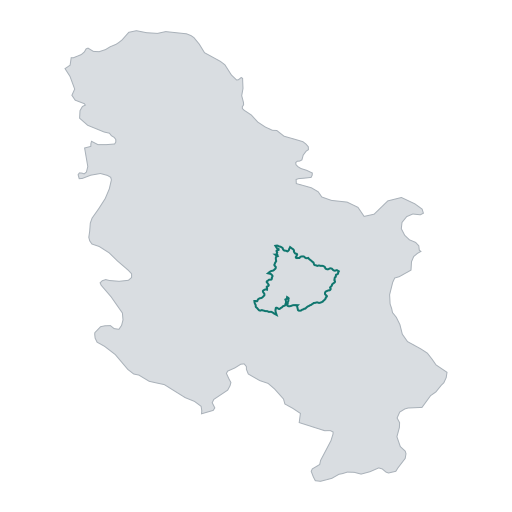 Republic of Serbia, with Pomoravski highlighted
{"feature_id": "SRB-832", "entity_name": "Pomoravski", "entity_type": "District", "adm_level": 1, "iso_a3": "SRB", "parent_name": "Republic of Serbia", "parent_adm1": "", "projection": "robinson", "projection_center": [21.332, 43.988], "detail": "fine", "context": "in_parent", "style": "outline", "palette": "teal", "viewbox_px": 512, "rotation_deg": 0, "n_neighbors": 0, "source": "natural_earth", "source_scale": "10m", "svg_char_len": 9077}
<svg xmlns="http://www.w3.org/2000/svg" viewBox="0 0 512 512"><path d="M296.3,183.6L311.4,187.8L318.2,191.8L321.8,197.0L331.4,200.4L347.1,202.1L358.0,207.4L364.1,216.4L374.1,214.2L387.8,200.9L401.4,197.5L414.8,203.8L422.1,209.1L423.4,213.2L420.3,214.8L412.8,214.0L406.7,216.6L402.0,222.4L401.3,228.7L404.7,235.3L409.4,239.8L415.6,242.4L418.8,245.8L419.3,250.2L420.9,251.4L417.4,253.4L413.7,256.5L411.5,261.7L411.0,270.1L399.2,276.7L394.7,278.0L392.7,282.3L389.6,294.7L390.1,304.0L391.7,308.7L392.5,312.6L396.3,317.3L399.9,324.6L402.3,334.2L407.5,341.6L420.8,348.9L427.4,353.2L432.2,359.4L436.0,364.9L447.0,372.3L446.2,377.6L443.8,382.8L441.3,385.2L435.9,391.9L430.6,395.6L422.0,407.4L408.2,408.0L404.9,408.9L399.7,412.1L397.1,418.0L399.6,422.7L399.4,427.5L396.9,436.7L400.3,446.6L405.2,451.1L406.0,453.7L405.2,458.4L398.0,467.8L395.8,471.3L388.5,473.0L386.0,472.1L382.2,468.9L378.7,467.9L370.0,471.7L361.1,474.1L354.2,472.3L347.3,472.1L342.5,473.6L338.9,474.3L331.9,478.3L320.5,481.3L315.3,480.7L313.3,476.8L311.2,471.3L312.3,468.9L319.7,464.5L320.6,460.4L331.0,440.6L333.0,434.1L333.1,432.0L330.3,430.6L324.6,430.7L299.2,422.6L300.4,413.4L292.9,408.4L284.9,404.0L283.5,399.0L274.6,389.0L268.1,383.4L259.8,380.6L252.6,376.5L248.3,374.0L246.4,369.3L246.4,366.6L244.2,363.9L240.8,364.2L234.9,367.9L227.7,371.1L226.4,373.4L229.0,379.0L230.9,382.5L230.0,385.8L227.7,390.1L213.8,399.4L212.2,402.7L214.8,407.9L213.2,410.4L201.5,413.8L201.8,410.9L201.1,406.3L194.5,401.4L185.1,397.6L164.3,384.6L156.3,382.9L149.2,381.3L138.9,375.1L133.7,374.0L127.9,369.5L115.2,354.5L104.5,346.3L97.1,342.2L95.1,338.1L94.7,334.0L94.9,332.6L100.6,326.7L104.9,325.8L110.4,325.6L114.1,328.6L118.9,329.3L121.6,325.4L123.0,319.9L122.4,313.0L111.0,296.7L101.2,285.3L100.1,282.8L102.3,280.7L105.7,279.6L109.4,280.5L119.1,281.3L128.4,280.3L131.6,277.5L131.6,273.8L128.3,270.3L117.5,261.0L109.1,252.8L99.2,246.5L91.9,244.0L89.7,240.8L88.8,237.3L89.7,231.1L90.3,223.1L92.1,218.1L98.8,208.6L105.2,198.6L109.3,188.9L111.4,179.9L110.7,177.3L107.4,175.4L100.4,173.5L90.7,175.2L82.4,178.4L79.2,178.7L78.1,174.7L79.4,172.9L82.0,173.1L84.1,173.9L86.4,172.1L87.8,166.6L84.6,148.0L90.8,146.4L90.9,143.7L91.5,141.3L97.9,144.6L106.8,144.6L114.6,144.0L115.8,142.1L115.8,139.5L114.2,137.4L111.4,135.7L109.4,133.2L104.1,132.0L87.7,125.3L79.6,118.2L80.0,110.7L82.4,106.5L85.3,105.1L84.4,103.7L75.2,100.2L71.9,95.3L74.7,89.1L70.0,76.4L65.0,68.6L70.1,65.2L70.8,60.5L71.2,57.7L73.3,57.8L81.4,54.5L84.4,51.9L86.1,48.9L88.0,48.1L93.4,51.4L99.1,51.7L105.5,49.6L110.3,46.7L116.1,44.3L118.7,42.6L122.0,40.0L128.8,32.3L136.4,30.7L146.5,32.7L157.5,33.4L165.7,31.6L186.5,33.8L191.0,35.6L193.9,37.6L199.3,44.2L204.5,52.7L211.8,56.7L220.4,61.4L224.9,64.8L231.4,75.0L236.6,80.0L238.3,79.8L240.0,78.5L241.2,77.5L242.6,78.4L242.7,81.5L243.0,88.4L241.7,95.7L243.5,102.6L243.6,104.8L242.3,106.8L242.4,108.6L244.3,110.4L251.3,115.0L257.8,122.1L265.4,127.1L272.4,130.3L276.8,130.5L284.0,136.2L298.3,140.3L302.9,141.7L306.0,144.1L308.3,146.8L308.4,149.7L306.2,151.1L303.2,155.1L301.9,159.9L299.6,161.1L297.3,161.2L295.7,162.6L296.0,164.7L297.9,166.7L300.9,168.5L306.6,170.3L312.3,173.0L312.2,175.1L311.1,177.4L303.9,178.2L298.6,178.6L296.1,179.5L296.3,183.6Z" fill="#d9dde1" stroke="#a8b0b8" stroke-width="1"/><path d="M258.9,310.1L257.6,308.7L257.2,308.1L256.9,307.9L256.2,307.3L255.9,307.0L255.8,306.7L255.7,306.4L255.7,305.4L255.6,304.8L255.4,304.5L255.1,304.0L254.9,303.6L254.5,302.2L254.4,301.0L255.6,301.0L256.0,301.1L256.8,301.3L257.1,301.2L257.3,301.0L257.4,300.9L257.6,300.2L257.8,299.8L258.0,299.4L258.3,299.2L258.8,298.8L259.7,298.3L260.2,298.2L261.0,298.1L261.3,298.0L262.1,297.6L262.6,297.2L263.6,296.1L264.3,295.5L264.4,295.2L264.4,294.9L264.4,294.3L264.4,294.0L264.3,293.7L263.7,292.9L263.3,292.4L263.1,292.1L262.9,291.3L262.9,291.0L263.0,290.8L263.2,290.6L263.5,290.3L264.5,289.8L265.1,289.5L265.3,289.4L265.5,289.4L266.1,289.4L267.0,289.7L267.1,289.1L267.1,288.6L267.1,288.3L266.7,287.1L266.7,286.9L266.8,286.8L266.9,286.6L267.7,286.3L268.4,285.9L268.5,285.7L268.7,285.4L268.7,285.2L268.7,284.9L268.6,284.6L268.1,284.0L267.7,283.3L266.9,282.4L266.7,282.1L266.7,281.8L266.7,281.6L266.8,281.4L267.0,281.2L267.9,280.7L268.7,280.0L268.9,279.8L269.3,279.7L270.5,279.7L270.8,279.7L271.2,279.6L271.3,279.5L271.5,279.4L271.8,278.8L271.9,278.4L271.8,277.8L271.9,277.5L272.0,277.3L272.4,276.6L272.5,276.4L272.5,275.9L272.4,275.6L272.3,275.4L271.2,274.3L271.0,274.1L270.6,273.9L268.0,273.3L269.3,272.2L270.5,271.4L271.3,271.0L272.2,270.8L273.1,270.6L273.7,270.2L274.0,270.0L274.4,269.5L275.2,268.9L275.4,268.7L275.5,268.5L275.7,268.1L275.8,267.0L274.6,265.6L274.5,265.4L274.4,265.2L274.3,264.9L274.4,264.6L274.5,264.4L274.9,263.6L274.9,263.2L276.2,261.1L276.0,260.2L275.8,258.7L275.9,257.4L276.3,256.6L277.3,256.3L275.3,254.7L277.3,254.7L277.1,254.3L276.6,253.8L277.0,252.8L277.2,252.4L277.0,252.1L276.6,251.5L276.6,250.7L278.6,249.9L278.6,249.1L277.1,248.5L275.4,245.8L276.6,245.6L277.1,245.6L277.4,245.6L277.8,245.7L278.6,246.3L279.1,246.4L280.0,246.6L280.5,246.7L281.4,247.2L282.5,247.9L282.6,248.0L283.0,249.2L283.1,249.5L283.5,249.9L284.0,250.4L284.4,250.6L285.6,250.7L286.2,250.8L287.1,251.3L287.4,251.4L287.5,251.4L287.8,251.2L288.5,250.5L288.8,250.2L289.0,249.8L289.2,248.9L289.7,248.0L290.1,247.1L292.1,248.6L293.2,249.3L293.4,249.5L293.6,249.8L293.8,250.1L293.9,250.5L294.0,250.7L293.9,251.5L294.0,251.8L294.1,252.0L294.6,252.7L294.9,253.2L295.1,253.4L295.4,253.6L296.7,253.8L296.9,254.0L297.0,254.1L297.1,254.3L297.1,254.6L297.1,254.8L296.7,255.4L296.5,256.2L296.3,256.4L295.8,257.0L295.8,257.4L295.9,257.7L296.1,257.8L296.4,258.0L296.9,258.1L298.0,258.0L299.4,258.0L299.5,257.9L299.7,257.7L299.9,257.3L300.0,257.2L300.7,256.7L301.3,256.5L303.2,256.4L303.6,256.5L304.2,256.7L304.4,256.9L305.0,257.6L306.1,258.2L306.5,258.2L307.0,258.2L307.6,258.1L308.2,257.9L308.6,258.4L309.3,259.2L310.6,260.2L311.6,261.0L312.3,261.7L312.5,261.9L313.1,262.2L313.4,262.4L313.5,262.6L313.6,262.8L313.7,263.4L314.0,264.2L314.1,264.6L314.4,264.9L314.7,265.1L315.1,265.2L315.9,265.3L316.8,265.7L317.3,265.9L317.7,265.8L318.2,265.6L318.6,265.5L318.9,265.5L319.3,265.5L320.3,265.8L320.6,265.9L321.2,265.9L321.9,265.8L322.2,265.8L322.6,265.9L323.1,266.0L323.8,266.3L324.9,267.1L325.1,267.4L325.3,268.3L325.6,268.6L326.0,268.9L326.7,269.1L327.2,269.3L327.6,269.3L328.4,269.2L328.9,268.9L329.6,268.5L330.0,268.4L330.3,268.3L331.2,268.5L331.7,268.6L331.8,268.7L332.0,268.8L333.1,270.0L333.6,270.3L334.2,270.6L334.6,270.7L335.1,270.7L336.4,270.2L336.7,270.2L337.0,270.2L337.9,270.8L338.8,271.3L338.1,272.7L338.1,273.3L338.0,273.6L337.9,273.8L337.5,274.2L337.2,274.3L336.2,274.6L336.0,274.8L335.9,275.1L335.8,276.4L335.8,276.7L335.7,276.9L334.9,277.4L334.8,277.7L334.7,277.9L334.6,278.4L334.6,279.7L334.4,279.8L334.3,280.0L334.4,280.3L334.8,281.0L335.0,281.4L335.0,281.8L334.8,282.2L334.4,282.6L333.4,283.3L332.9,283.7L332.3,284.2L332.2,284.4L332.0,284.7L331.9,285.2L331.9,285.5L331.7,285.8L331.3,286.3L330.2,287.3L330.1,287.5L330.1,287.8L330.2,288.0L330.6,288.6L330.7,288.8L330.7,289.0L330.5,289.4L330.1,290.0L329.7,290.2L329.6,290.3L328.7,290.3L328.4,290.4L326.5,291.2L325.7,291.6L325.4,292.0L325.1,292.6L325.0,292.9L325.0,293.5L325.0,293.9L325.1,294.1L325.2,294.4L325.4,294.6L326.4,295.5L326.8,295.9L326.9,296.2L326.9,296.4L326.8,296.6L326.6,296.7L326.1,297.2L325.9,297.3L325.8,297.5L325.7,298.3L325.6,298.6L324.4,300.0L323.3,300.9L323.0,301.2L322.9,301.5L321.6,302.2L320.7,302.5L319.9,302.8L319.6,302.9L319.3,302.9L318.8,302.9L318.5,302.8L317.7,302.5L317.4,302.4L316.9,302.4L316.3,302.5L315.5,302.8L315.3,302.8L313.9,303.0L313.7,303.0L313.3,303.4L313.0,303.6L312.4,303.9L312.1,304.1L311.3,304.8L310.9,305.0L310.1,305.2L309.1,305.9L307.9,306.4L307.3,306.8L306.2,307.7L305.8,308.2L305.4,308.6L305.0,308.7L304.7,308.7L304.3,308.7L303.5,309.3L302.8,309.5L302.0,309.8L301.7,310.0L301.1,310.5L300.8,310.6L300.0,310.7L298.6,310.6L298.0,310.1L297.0,305.9L297.7,305.2L295.5,305.1L295.3,305.3L294.6,305.1L293.9,305.1L292.6,305.3L290.9,306.0L289.2,306.3L288.9,306.3L288.5,306.2L287.9,306.0L287.4,305.7L287.1,305.2L287.2,304.6L287.5,304.2L287.7,303.8L287.7,303.3L287.6,302.9L287.6,302.6L287.7,302.4L288.3,301.1L288.4,300.8L288.4,300.3L288.3,299.5L288.4,299.1L288.7,298.6L288.6,298.2L288.4,298.0L288.2,297.8L287.1,297.1L286.9,298.5L286.6,298.9L285.4,299.5L285.9,300.8L285.9,301.1L286.0,301.7L286.0,302.4L285.9,303.0L285.5,303.9L285.3,304.9L285.2,305.2L285.1,305.4L284.8,305.6L284.3,305.8L283.3,306.1L282.9,306.3L282.4,306.9L282.0,307.3L280.6,308.1L279.8,308.8L279.6,308.9L279.4,309.0L279.1,309.0L278.6,308.9L278.4,308.8L277.7,308.2L277.2,307.9L276.3,307.7L276.0,307.8L275.8,308.0L275.7,308.4L275.8,309.0L275.5,309.7L275.4,310.1L275.5,310.6L275.6,311.2L275.6,311.8L275.7,312.1L275.9,312.8L276.6,314.9L274.2,313.6L273.8,313.4L273.3,312.9L273.1,312.8L272.2,312.3L271.7,312.0L271.5,311.9L271.0,311.8L269.9,311.9L268.9,311.9L268.5,311.8L267.6,311.3L267.4,311.2L266.9,311.1L265.5,311.1L264.8,311.0L264.1,310.7L262.7,310.4L262.2,310.2L261.9,310.1L261.6,310.1L261.1,310.3L260.7,310.6L259.7,310.5L259.1,310.3L258.9,310.1Z" fill="none" stroke="#0f766e" stroke-width="2"/></svg>